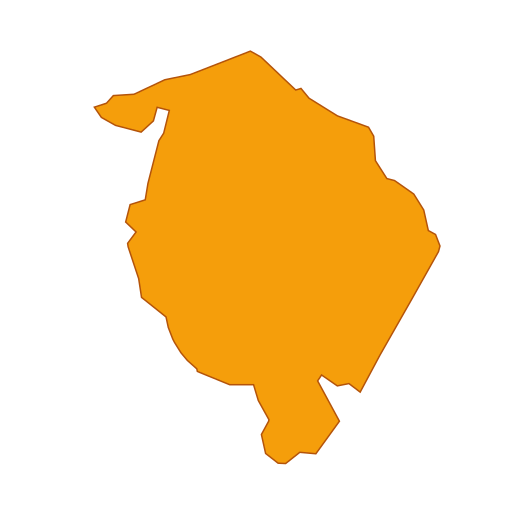 Lexington, South Carolina, United States of America, rotated 188°
{"feature_id": "52423323B37398835360821", "entity_name": "Lexington", "entity_type": "district", "adm_level": 2, "iso_a3": "USA", "parent_name": "United States of America", "parent_adm1": "South Carolina", "projection": "equal_earth", "projection_center": [-81.237, 33.925], "detail": "fine", "context": "isolated", "style": "filled", "palette": "amber", "viewbox_px": 512, "rotation_deg": 188, "n_neighbors": 0, "source": "geoboundaries", "source_scale": "gbopen_adm2", "svg_char_len": 1020}
<svg xmlns="http://www.w3.org/2000/svg" viewBox="0 0 512 512"><g transform="rotate(188 256 256)"><path d="M75.2,291.5L81.2,302.3L88.9,305.2L96.3,324.9L108.4,339.3L129.3,350.0L137.2,350.9L151.0,367.0L156.1,391.0L162.5,399.2L194.9,406.1L225.4,419.6L234.8,428.2L236.6,427.3L239.8,425.9L278.8,453.7L290.1,458.1L346.4,426.5L363.1,420.6L370.9,417.8L399.3,399.2L419.6,395.0L425.3,386.5L436.8,380.9L428.4,371.7L413.3,365.8L387.0,362.7L376.4,375.5L374.6,389.5L362.1,388.1L364.5,364.8L368.2,356.7L373.1,312.9L373.5,296.2L387.8,289.4L389.8,271.5L378.1,263.1L384.9,250.7L383.9,247.3L369.0,217.2L363.6,199.1L336.6,183.1L332.9,173.0L326.8,162.1L324.6,159.0L316.8,149.7L309.4,143.0L298.9,136.0L298.0,133.5L290.6,131.6L264.2,124.9L240.5,128.2L233.6,113.2L220.4,95.7L220.5,94.1L225.8,80.0L219.0,61.8L205.3,53.9L197.8,54.6L185.3,67.7L169.2,68.5L150.4,104.0L177.6,140.9L174.5,147.3L157.4,138.7L146.2,142.6L133.9,135.7L131.0,143.6L119.5,175.0L95.7,235.0L75.9,285.7L75.2,291.5Z" fill="#f59e0b" stroke="#b45309" stroke-width="1.5"/></g></svg>